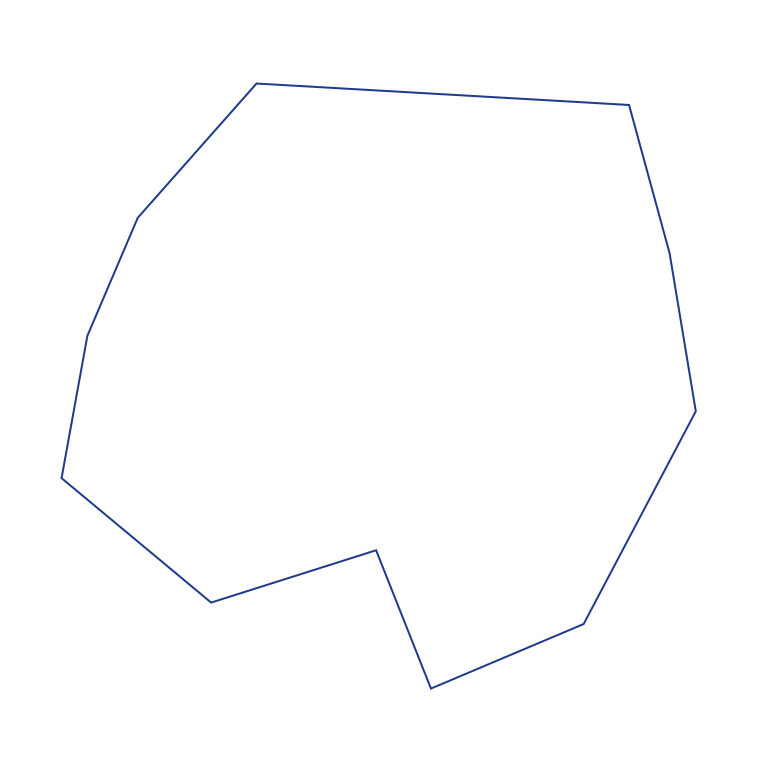 an SVG outline of Iklin, rotated 275°
{"feature_id": "MLT-5931", "entity_name": "Iklin", "entity_type": "state/province", "adm_level": 1, "iso_a3": "MLT", "parent_name": "Malta", "parent_adm1": "", "projection": "robinson", "projection_center": [14.454, 35.906], "detail": "fine", "context": "isolated", "style": "outline", "palette": "blue", "viewbox_px": 768, "rotation_deg": 275, "n_neighbors": 0, "source": "natural_earth", "source_scale": "10m", "svg_char_len": 306}
<svg xmlns="http://www.w3.org/2000/svg" viewBox="0 0 768 768"><g transform="rotate(275 384 384)"><path d="M262.1,71.0L406.1,84.3L528.1,124.2L672.2,230.8L683.3,603.8L539.2,657.1L384.0,697.0L162.3,603.8L84.7,457.3L217.7,390.6L151.2,230.8L262.1,71.0Z" fill="none" stroke="#1e3a8a" stroke-width="2"/></g></svg>